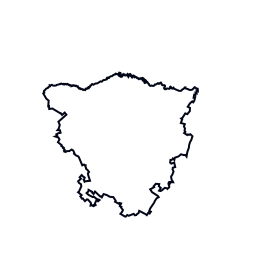 Waterberg, Limpopo, South Africa (Robinson projection), rotated 53°
{"feature_id": "47623444B68910643198214", "entity_name": "Waterberg", "entity_type": "district", "adm_level": 2, "iso_a3": "ZAF", "parent_name": "South Africa", "parent_adm1": "Limpopo", "projection": "robinson", "projection_center": [27.237, -24.067], "detail": "fine", "context": "isolated", "style": "outline", "palette": "ink", "viewbox_px": 256, "rotation_deg": 53, "n_neighbors": 0, "source": "geoboundaries", "source_scale": "gbopen_adm2", "svg_char_len": 5750}
<svg xmlns="http://www.w3.org/2000/svg" viewBox="0 0 256 256"><g transform="rotate(53 128 128)"><path d="M149.3,206.5L153.7,205.4L153.9,207.2L156.7,207.3L157.0,206.5L160.5,206.4L160.3,203.7L161.0,203.1L165.4,202.7L165.9,202.9L167.4,204.6L168.9,201.8L169.2,202.8L169.6,202.6L169.5,202.2L169.8,201.8L170.0,200.2L168.7,200.4L166.6,196.5L168.5,196.0L168.4,194.1L167.6,194.4L167.7,195.0L165.5,195.7L165.5,195.9L162.3,196.6L162.0,197.7L157.6,199.8L154.1,200.4L155.5,199.9L154.4,197.3L153.7,196.7L157.2,195.1L157.4,195.5L160.0,195.3L158.9,192.6L166.1,191.4L166.3,190.7L167.6,190.6L166.8,188.9L166.1,187.2L168.9,185.2L171.9,184.0L174.4,181.3L178.6,181.6L179.1,182.7L183.4,180.7L182.8,179.9L184.1,178.9L185.4,181.5L186.9,180.8L187.1,181.4L190.5,181.4L191.4,183.2L192.0,185.7L196.9,183.7L197.4,183.1L197.0,181.0L198.5,180.3L200.0,175.1L201.8,175.1L202.5,173.8L202.2,172.9L202.3,170.7L200.9,168.9L207.6,165.7L208.9,165.4L207.9,162.8L209.3,162.2L208.6,160.1L207.0,160.9L205.7,158.9L203.4,152.2L202.3,150.2L201.4,147.5L201.7,145.1L200.1,145.1L193.7,147.4L190.3,147.2L191.0,142.7L190.0,142.6L189.3,139.4L191.6,136.8L193.0,138.4L195.6,137.9L196.8,140.9L197.9,140.0L198.2,138.4L198.0,136.6L198.0,134.5L200.0,132.9L200.3,133.0L200.1,130.7L199.1,130.0L197.8,129.7L197.7,128.2L196.4,128.8L195.9,127.9L196.0,127.4L198.5,124.6L197.6,124.4L195.7,124.4L192.7,122.8L191.7,120.2L190.1,117.8L188.0,117.4L186.7,116.1L187.6,113.8L183.4,111.9L182.5,114.9L181.0,115.2L179.1,113.3L179.5,113.0L179.8,111.6L179.4,110.5L181.4,110.2L179.9,108.5L181.1,104.7L180.9,101.5L183.4,99.6L184.0,98.4L186.0,98.4L182.8,95.0L180.4,91.3L178.3,89.3L176.6,86.9L175.6,84.6L173.4,81.5L170.6,81.9L170.1,82.9L170.2,83.4L169.1,84.2L169.2,85.0L165.8,86.2L165.6,84.5L164.1,84.4L162.7,82.8L160.4,82.4L159.1,80.3L155.8,82.8L153.8,79.6L152.4,79.8L152.7,78.5L150.8,73.5L152.6,72.3L151.7,68.4L149.2,66.4L147.0,67.5L145.6,63.7L145.4,60.7L146.7,60.5L146.1,58.6L144.2,56.3L143.3,57.4L141.4,55.3L142.6,54.7L140.5,53.0L141.7,52.4L139.5,50.8L140.7,50.1L138.6,48.7L137.1,49.8L135.6,50.1L135.5,50.7L135.9,51.8L135.8,52.5L136.1,53.3L135.4,55.1L134.1,56.3L133.0,56.7L131.2,58.1L130.5,58.2L130.1,57.8L129.8,58.2L130.2,60.3L129.9,61.5L130.3,62.9L129.8,63.9L129.0,64.9L125.0,67.2L124.2,67.5L123.2,67.4L123.2,67.9L123.5,68.5L122.8,69.2L121.4,69.7L121.3,69.0L120.6,69.1L120.5,69.6L121.5,70.6L121.6,71.4L120.2,72.7L119.7,73.6L119.8,74.5L119.2,75.2L118.4,75.3L118.3,75.1L117.7,75.1L117.2,73.5L116.4,73.0L115.5,73.3L114.8,74.6L114.2,74.9L113.7,74.9L112.7,74.4L111.5,74.4L111.3,75.4L111.6,76.2L111.1,76.9L110.5,76.9L110.1,77.4L110.2,78.4L110.1,79.2L109.4,80.5L109.9,81.2L109.7,82.2L109.5,82.7L108.2,83.7L108.1,84.4L107.6,85.0L106.3,85.1L105.8,84.9L105.7,85.1L102.9,84.9L102.2,87.5L101.8,87.6L101.2,87.4L100.7,86.7L101.2,85.9L101.0,85.2L100.0,85.3L99.4,85.8L99.2,86.5L99.6,87.2L99.2,87.6L97.9,87.5L98.3,86.6L98.2,85.8L96.8,86.1L96.6,86.3L96.5,87.0L95.9,87.9L96.1,88.8L95.8,88.9L95.9,89.1L95.5,89.3L95.4,89.9L94.5,89.8L94.3,90.4L93.4,90.8L92.9,90.5L91.7,91.3L91.6,92.0L91.1,91.9L91.2,91.3L89.3,92.1L89.4,93.1L90.2,93.6L90.3,93.9L89.9,94.0L89.8,94.4L89.1,94.3L88.2,93.6L87.9,93.8L87.8,94.5L87.6,94.5L86.9,93.7L86.2,93.7L86.1,94.0L86.5,94.0L86.2,94.3L86.2,95.0L86.5,95.6L86.9,95.4L87.3,96.6L87.1,96.5L86.8,96.9L85.9,96.9L86.0,96.6L85.2,96.1L85.0,96.7L84.7,96.5L84.8,97.9L84.3,98.7L83.3,98.5L83.2,99.0L83.5,99.1L83.2,99.4L82.9,99.4L82.8,99.1L82.1,99.3L82.3,100.1L82.6,100.1L83.3,101.3L83.3,102.0L82.9,102.0L83.1,102.4L82.7,103.0L80.9,103.7L80.6,103.3L80.9,102.1L80.4,102.3L80.0,102.0L80.3,101.3L79.5,100.9L79.0,101.3L78.9,101.8L78.6,101.9L79.0,102.6L78.8,103.4L79.0,104.1L77.3,105.0L77.5,105.7L77.2,105.9L77.3,106.6L76.8,107.8L77.0,108.3L76.9,109.7L76.3,110.8L76.3,111.5L76.1,112.0L76.1,112.6L76.6,113.1L76.2,113.8L75.6,113.9L75.2,114.4L75.3,114.7L76.2,115.1L76.4,115.8L75.8,116.6L75.7,117.7L74.9,118.9L75.2,121.0L74.2,122.0L73.9,125.6L72.9,127.2L72.6,129.6L71.4,130.1L71.3,130.5L71.7,131.6L71.4,132.5L72.1,133.1L72.3,133.9L72.1,134.5L71.6,134.6L71.5,135.1L71.7,135.8L72.5,135.8L71.9,137.4L71.4,137.4L71.2,137.9L71.5,138.3L71.4,138.8L71.8,139.2L71.6,139.3L71.6,139.6L71.1,139.9L71.0,140.4L70.8,140.4L70.3,141.1L69.6,140.9L68.9,141.9L68.1,142.0L68.1,142.7L67.5,142.8L67.2,143.1L67.0,142.7L65.4,143.6L65.1,143.5L65.1,143.1L64.4,143.0L64.1,143.7L63.7,144.0L63.1,143.9L62.8,144.1L62.7,144.9L62.4,145.0L62.0,145.1L61.3,145.5L61.3,146.0L60.9,146.1L60.6,146.6L61.0,147.0L60.9,147.3L60.6,147.9L60.3,147.9L60.3,148.1L59.7,147.9L59.1,148.3L58.9,148.8L58.5,148.6L58.1,148.9L57.9,149.5L56.5,149.7L56.4,150.4L56.2,150.5L56.3,150.7L55.8,151.2L55.3,151.3L55.0,152.4L54.6,152.3L54.3,153.2L53.8,153.2L53.7,153.8L52.3,154.6L52.3,155.5L51.8,155.9L51.7,156.8L50.7,159.0L50.8,159.6L50.2,160.9L49.1,162.3L47.7,162.8L47.5,163.8L46.7,164.8L47.8,165.3L47.5,166.1L47.5,167.5L47.8,167.8L47.3,169.8L47.8,171.4L47.9,172.1L47.7,172.5L48.7,173.7L49.5,173.7L49.5,174.9L55.4,175.6L58.4,174.9L62.6,178.6L62.9,177.9L65.4,179.5L66.9,176.7L75.8,173.1L75.8,172.8L77.9,172.8L77.6,169.3L80.3,169.2L81.1,179.8L84.4,180.6L86.7,183.5L87.3,185.6L88.9,183.7L91.2,184.7L90.3,186.7L89.9,189.0L91.5,189.2L91.0,191.2L93.7,189.3L95.9,189.6L97.2,192.5L101.9,191.3L102.3,192.1L105.0,191.2L105.3,191.9L105.9,191.6L107.2,191.7L107.2,192.0L107.9,192.2L107.8,192.9L108.4,193.1L109.6,192.2L109.3,191.8L109.7,190.7L111.1,188.8L111.3,186.0L113.0,185.3L116.1,186.0L116.2,186.6L119.0,185.9L120.1,185.0L121.7,184.8L130.3,187.0L130.7,185.1L131.8,184.8L132.3,184.3L133.1,185.3L134.1,185.3L135.2,186.0L137.5,185.6L139.7,185.6L140.0,187.2L141.8,188.2L147.3,190.1L144.9,194.1L144.8,195.0L142.6,194.5L142.7,194.1L141.5,192.4L139.6,193.1L137.7,193.3L138.3,196.3L140.2,196.1L140.5,199.9L142.4,200.2L144.6,199.4L146.5,200.4L149.3,205.5L149.3,206.5Z" fill="none" stroke="#020617" stroke-width="2"/></g></svg>